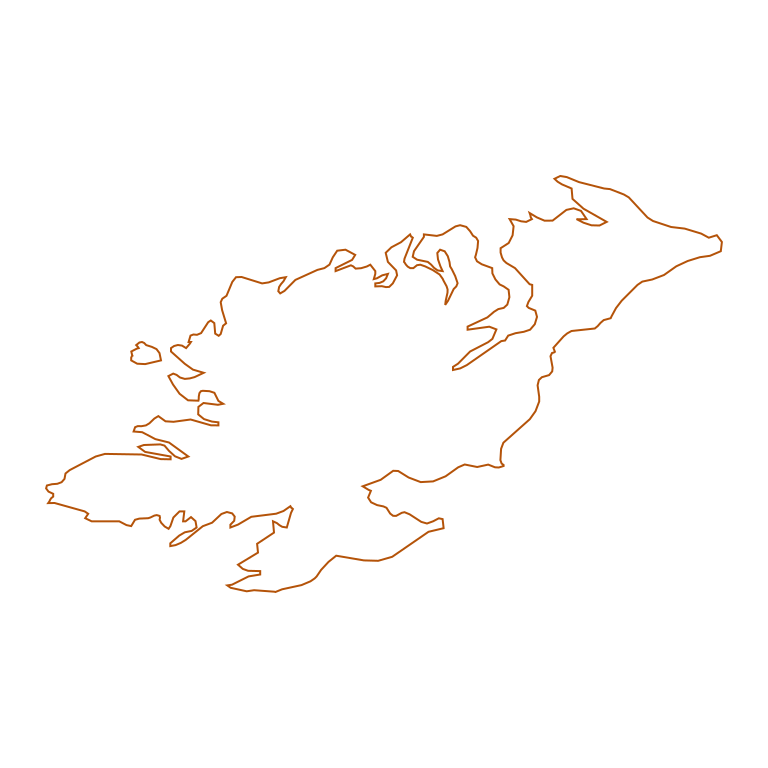 the border of Donegal
{"feature_id": "IRL-729", "entity_name": "Donegal", "entity_type": "County", "adm_level": 1, "iso_a3": "IRL", "parent_name": "Ireland", "parent_adm1": "", "projection": "equal_earth", "projection_center": [-7.962, 54.925], "detail": "fine", "context": "isolated", "style": "outline", "palette": "amber", "viewbox_px": 768, "rotation_deg": 0, "n_neighbors": 0, "source": "natural_earth", "source_scale": "10m", "svg_char_len": 6023}
<svg xmlns="http://www.w3.org/2000/svg" viewBox="0 0 768 768"><path d="M610.7,318.2L603.7,320.1L600.5,322.9L597.7,326.1L594.8,328.5L571.5,331.0L567.2,333.4L563.6,336.4L553.4,347.8L554.9,351.8L553.9,352.5L552.0,353.0L550.5,356.2L552.6,367.7L552.2,371.4L549.6,374.5L549.1,375.1L541.9,377.2L538.9,380.0L537.6,385.3L539.2,396.8L539.2,401.5L535.5,411.2L529.8,419.2L503.4,442.7L501.1,448.8L500.4,460.1L501.6,463.5L503.6,465.0L503.6,466.0L498.8,467.5L495.0,467.3L488.2,464.6L477.2,467.0L464.7,464.5L458.2,467.3L445.6,476.3L433.1,481.4L420.7,482.1L408.6,477.5L398.2,471.0L393.2,470.8L380.7,479.8L362.7,486.3L368.7,489.9L370.9,490.8L368.1,497.6L371.1,502.3L377.1,505.1L383.4,506.4L386.5,507.8L390.2,513.6L393.1,515.8L396.1,515.9L401.8,512.8L404.5,512.2L409.6,514.3L421.3,521.9L427.0,523.5L433.1,521.3L438.8,518.3L442.6,519.1L443.6,527.9L443.6,528.2L428.5,531.8L392.2,556.8L378.2,560.8L363.9,560.4L336.2,555.7L328.5,561.9L321.1,569.9L316.6,576.5L314.7,578.4L310.5,581.3L301.5,585.1L282.1,589.3L275.4,592.0L275.1,591.9L274.3,591.7L254.1,590.2L246.7,591.3L230.7,587.8L227.3,585.4L232.0,584.7L248.6,576.4L260.2,574.5L260.2,571.1L248.1,570.8L242.8,568.9L238.0,564.7L258.0,552.6L257.1,543.8L274.0,532.6L273.0,521.3L276.9,523.1L279.5,525.2L282.2,526.8L286.8,527.5L291.0,512.9L292.9,509.0L291.8,508.0L291.4,507.9L291.2,507.6L290.4,506.2L283.5,511.0L276.2,513.7L251.3,516.8L238.0,524.6L230.4,527.5L230.4,524.7L234.2,520.8L234.7,516.6L232.2,513.4L226.9,512.0L221.4,514.0L212.1,522.7L202.8,526.2L185.7,539.9L180.8,542.9L175.6,545.1L170.3,546.1L170.3,543.3L179.2,535.6L184.8,532.3L191.7,530.9L196.6,527.5L195.5,521.1L191.0,517.1L185.6,521.3L183.1,521.3L184.3,511.4L179.5,511.4L173.4,517.5L170.4,526.1L168.6,528.8L164.7,526.5L161.2,522.8L159.6,519.7L160.0,517.7L159.6,515.9L156.7,515.1L154.3,515.6L150.4,517.5L148.2,518.2L139.3,518.6L135.0,519.8L131.2,526.1L126.5,525.1L119.2,521.3L91.6,521.3L85.2,518.2L88.2,513.8L84.7,511.4L54.6,503.0L48.2,503.1L49.4,501.4L50.2,499.7L51.2,498.2L53.2,496.6L53.2,493.8L48.5,491.6L46.1,488.4L46.9,485.5L52.0,484.2L57.3,483.8L61.6,482.2L64.5,478.9L65.5,473.5L69.7,470.1L95.7,456.5L105.0,453.9L141.6,454.5L160.7,459.1L170.6,459.3L170.6,456.5L145.1,451.9L138.3,446.9L143.9,445.0L160.3,444.4L164.5,445.6L169.1,451.0L175.0,456.3L181.5,458.9L188.3,456.5L169.0,442.5L155.3,439.1L142.2,432.2L133.6,431.5L135.1,427.2L137.8,426.1L141.4,426.2L145.9,425.4L149.4,423.3L154.3,418.6L158.3,416.1L165.5,421.3L173.5,421.8L190.6,419.5L210.9,425.3L218.4,425.4L218.4,422.3L212.0,421.6L204.0,419.1L198.2,414.4L198.4,406.9L203.5,403.0L217.9,404.8L223.2,403.8L218.4,400.9L214.4,392.8L209.5,391.2L202.8,390.8L200.9,391.2L199.4,393.2L198.8,396.4L198.7,399.3L198.4,400.7L188.0,400.3L179.6,393.8L173.0,384.5L168.4,376.1L173.2,373.6L176.6,374.9L180.0,377.5L184.8,378.9L189.8,378.4L194.6,377.1L203.7,372.8L192.9,369.6L184.8,363.8L171.0,351.5L171.0,348.1L174.1,346.0L177.9,345.0L182.0,345.6L186.1,348.1L189.9,343.6L190.9,342.0L188.6,342.0L190.5,335.6L193.4,334.5L197.0,334.8L201.1,333.1L208.2,322.2L210.8,320.5L214.3,323.1L215.2,333.6L218.7,335.8L220.7,334.0L223.1,325.7L226.1,323.3L222.1,310.1L220.7,302.2L222.3,298.7L226.5,295.8L232.3,281.9L236.0,277.2L241.6,277.0L262.1,283.4L268.7,282.4L279.8,278.2L285.8,277.2L283.5,281.2L281.0,284.1L279.1,287.0L278.3,291.2L280.2,293.4L284.5,290.9L295.4,279.9L317.4,269.9L324.4,268.1L329.5,264.6L332.8,257.3L337.2,250.7L345.5,249.7L355.2,254.9L352.1,259.9L335.6,268.1L335.6,271.1L350.9,265.3L353.2,266.4L355.6,268.6L361.1,268.2L366.8,266.5L370.3,264.7L375.3,271.1L375.3,273.9L373.8,279.1L376.9,278.3L382.3,275.3L387.9,273.9L386.1,278.3L383.3,281.3L379.6,282.9L375.3,283.4L375.3,286.4L381.9,286.2L386.0,287.1L389.2,286.9L392.8,283.4L397.1,275.3L396.1,270.4L387.9,261.9L385.7,252.8L391.4,247.3L401.0,242.2L410.1,234.4L411.1,236.6L411.5,236.7L412.8,237.7L404.5,258.7L404.0,261.9L404.7,262.7L405.9,264.6L407.7,266.6L410.2,268.1L413.4,268.1L417.0,265.2L420.3,264.7L425.2,266.4L432.7,270.0L439.6,274.5L442.7,278.8L443.4,280.4L446.6,286.3L447.6,289.5L447.5,292.7L445.7,300.8L445.2,304.9L448.0,300.8L453.7,289.0L456.3,286.4L457.6,283.2L455.2,276.1L451.8,269.2L450.1,266.4L449.5,262.0L447.8,256.2L444.7,251.3L440.1,249.7L437.3,253.0L438.0,259.4L440.4,266.3L442.6,271.1L437.6,270.4L434.1,267.9L431.1,264.6L427.8,261.9L417.1,259.7L412.7,256.8L414.0,251.2L423.9,236.9L423.9,234.4L436.8,235.9L442.6,234.4L455.5,226.4L460.1,225.2L466.3,226.9L470.1,231.2L473.0,235.7L476.2,237.7L478.1,241.0L477.5,248.0L475.9,254.8L475.1,257.3L477.0,261.3L481.8,264.3L492.2,268.1L492.4,273.4L495.4,279.4L499.6,284.4L503.7,286.4L508.6,289.8L509.4,297.2L507.3,304.6L503.7,307.9L498.3,309.1L494.0,311.8L487.4,317.4L467.6,326.6L467.6,329.7L489.3,326.7L496.4,329.4L492.4,338.9L488.1,342.2L470.1,351.5L458.0,363.7L453.0,366.9L453.0,370.0L460.2,368.4L466.8,365.1L501.3,341.1L505.1,340.5L508.2,335.6L515.5,333.2L523.8,331.8L530.1,329.7L534.8,324.2L537.0,316.9L535.3,310.6L528.7,307.9L526.9,306.1L528.4,302.0L532.2,295.7L532.2,284.9L529.6,284.2L515.0,268.1L506.4,263.0L503.6,260.4L502.0,257.4L500.6,252.6L500.6,248.2L508.7,243.0L512.6,235.3L513.6,226.2L509.6,219.1L515.8,219.6L521.1,221.3L526.2,221.9L531.9,219.1L530.9,217.6L530.6,216.6L530.4,215.3L529.6,213.0L536.9,217.4L544.6,220.7L552.6,220.6L566.4,209.9L573.7,208.3L581.0,210.9L586.6,219.1L579.0,219.3L576.5,219.1L583.5,222.7L591.5,225.3L599.5,225.5L606.7,221.9L583.5,208.7L572.5,198.9L571.6,188.5L562.0,184.4L557.6,181.7L554.5,178.8L560.2,176.0L566.8,177.1L579.0,182.1L604.1,188.5L610.0,189.1L623.9,194.5L628.8,197.4L647.5,217.5L653.0,221.0L671.1,227.0L684.7,228.6L701.2,233.6L708.8,237.7L716.8,235.2L721.9,242.0L720.8,251.2L710.0,255.8L699.9,257.2L687.7,261.0L676.3,266.3L664.0,275.0L652.2,279.5L642.3,281.6L637.5,284.9L621.7,300.7L616.0,308.1L611.5,316.4L610.7,318.2ZM146.2,345.1L151.9,346.9L156.5,349.1L159.5,353.1L161.0,360.4L145.2,364.1L137.2,363.7L131.2,360.4L131.2,357.6L132.1,355.7L132.4,355.6L132.1,354.9L131.3,351.5L136.7,348.7L138.7,348.1L138.0,347.0L136.9,345.8L136.2,345.1L139.4,342.5L142.0,342.0L144.2,343.0L146.2,345.1Z" fill="none" stroke="#b45309" stroke-width="2"/></svg>